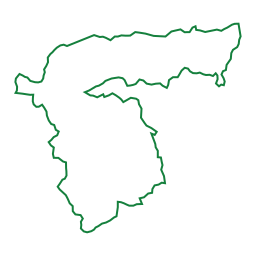 the district of Siqueira Campos, Paraná, Brazil
{"feature_id": "56859067B87660188486184", "entity_name": "Siqueira Campos", "entity_type": "district", "adm_level": 2, "iso_a3": "BRA", "parent_name": "Brazil", "parent_adm1": "Paraná", "projection": "orthographic", "projection_center": [-49.788, -23.656], "detail": "fine", "context": "isolated", "style": "outline", "palette": "green", "viewbox_px": 256, "rotation_deg": 0, "n_neighbors": 0, "source": "geoboundaries", "source_scale": "gbopen_adm2", "svg_char_len": 2648}
<svg xmlns="http://www.w3.org/2000/svg" viewBox="0 0 256 256"><path d="M94.1,35.1L67.0,46.0L63.7,44.7L60.4,45.4L56.8,47.7L54.3,50.1L52.5,52.2L50.4,54.0L47.8,57.5L48.0,62.2L46.2,66.1L44.1,69.4L44.8,72.2L43.6,75.6L43.2,78.5L41.4,81.5L38.2,82.4L35.0,82.2L30.3,80.9L27.4,77.5L24.9,76.9L22.7,75.5L19.5,74.0L15.9,78.5L15.4,82.0L17.1,86.7L16.9,90.5L15.6,92.9L22.6,93.7L26.5,94.3L30.1,94.8L33.2,94.7L32.9,98.1L32.8,101.4L33.7,104.4L36.3,106.8L38.8,106.7L42.1,104.7L44.2,107.7L46.5,111.6L46.9,115.6L48.8,120.5L51.2,124.0L54.2,125.0L55.8,129.8L58.7,131.5L57.2,135.3L53.7,137.1L51.3,140.0L48.7,142.1L50.9,145.4L53.8,147.5L52.9,153.9L53.8,157.8L58.4,157.9L63.0,161.5L66.0,162.4L66.1,168.1L66.4,171.3L66.5,175.6L64.8,178.7L62.4,179.7L59.7,183.9L57.7,186.7L59.7,189.5L65.8,195.1L67.3,197.9L68.6,200.7L69.7,203.3L72.7,206.1L72.8,211.2L75.4,214.4L80.6,215.1L82.8,218.6L80.9,221.8L81.3,224.9L80.9,228.5L83.8,231.4L87.1,232.3L91.3,231.2L94.0,229.6L95.6,227.5L98.4,226.1L102.0,223.6L106.1,222.5L110.2,220.4L114.1,217.4L116.5,216.3L117.8,207.2L117.8,201.8L121.0,202.2L124.0,203.3L126.7,204.6L129.3,205.7L133.3,205.7L136.7,204.2L142.0,204.0L139.7,198.3L144.0,197.3L148.2,193.5L152.1,192.8L152.4,189.1L154.6,185.4L158.6,184.6L161.7,182.7L165.0,183.2L164.0,176.1L161.2,169.7L162.5,165.1L161.7,161.8L160.9,157.5L157.8,157.2L157.8,150.8L155.7,147.3L155.3,144.0L153.9,140.2L151.4,133.6L154.7,134.9L156.7,131.8L151.3,128.0L146.5,125.6L144.7,123.2L141.0,117.7L141.5,108.6L139.0,104.2L138.3,100.2L136.1,98.7L130.8,97.8L123.3,102.1L121.3,99.5L119.4,97.8L115.7,95.2L112.4,93.3L108.8,95.4L104.3,97.0L103.2,94.3L97.2,97.3L93.1,95.6L90.3,95.4L84.9,92.2L89.1,90.5L96.0,86.4L98.8,85.7L103.0,83.3L105.4,80.9L111.6,78.5L118.6,77.4L122.6,78.2L124.6,80.1L127.3,85.8L130.2,85.5L133.0,84.9L135.7,84.0L139.5,79.5L143.4,80.5L146.6,83.6L151.5,84.6L155.8,83.7L160.1,83.4L162.6,85.7L166.8,87.9L168.2,84.9L169.0,80.1L173.0,77.2L177.7,77.2L179.3,74.6L181.6,70.6L184.7,67.8L188.0,68.6L190.0,71.3L193.0,73.1L196.7,73.3L199.8,72.6L203.3,74.3L206.0,75.0L209.6,74.8L213.0,76.0L215.7,73.3L217.4,75.5L217.6,79.2L216.0,83.5L219.0,86.3L221.2,84.6L223.8,85.2L224.7,81.5L223.6,78.2L221.5,74.5L223.0,71.2L225.9,70.0L226.6,64.9L230.8,58.9L231.3,53.1L233.0,49.8L237.2,47.1L238.7,44.0L239.2,39.8L240.6,36.4L238.5,23.7L234.7,23.8L232.0,24.7L227.3,27.6L224.3,29.0L221.3,30.8L216.9,29.6L205.2,32.0L200.0,30.4L196.2,29.9L195.5,26.3L192.5,27.6L189.6,32.1L184.6,32.2L180.5,29.4L175.6,30.5L171.4,31.5L165.5,36.5L153.7,35.9L145.4,33.6L139.1,32.6L135.2,32.1L130.2,35.6L125.9,35.7L121.4,35.4L118.0,36.5L114.8,36.5L110.5,40.2L105.8,37.8L102.9,36.7L99.8,37.0L94.1,35.1Z" fill="none" stroke="#15803d" stroke-width="2"/></svg>